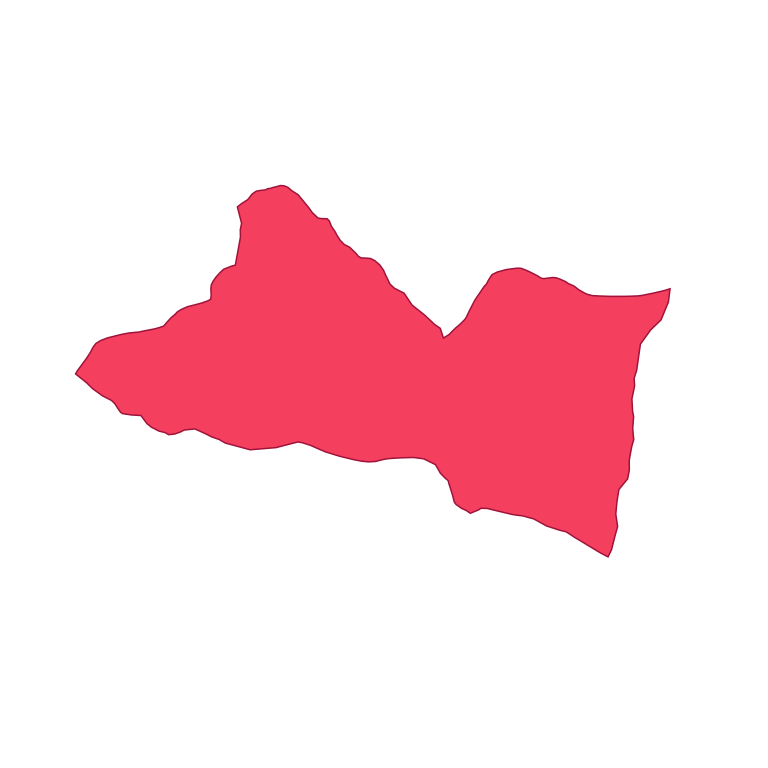 outline of Wangchang, Paro, Bhutan, rotated 168°
{"feature_id": "84629894B96317495800587", "entity_name": "Wangchang", "entity_type": "district", "adm_level": 2, "iso_a3": "BTN", "parent_name": "Bhutan", "parent_adm1": "Paro", "projection": "mercator", "projection_center": [89.426, 27.411], "detail": "fine", "context": "isolated", "style": "filled", "palette": "rose", "viewbox_px": 768, "rotation_deg": 168, "n_neighbors": 0, "source": "geoboundaries", "source_scale": "gbopen_adm2", "svg_char_len": 3154}
<svg xmlns="http://www.w3.org/2000/svg" viewBox="0 0 768 768"><g transform="rotate(168 384 384)"><path d="M219.5,185.1L209.6,175.8L207.2,173.6L200.8,168.3L195.9,174.6L189.6,187.4L185.1,196.1L184.3,208.7L180.4,221.0L176.2,231.9L165.4,240.6L161.9,248.9L160.0,258.3L158.1,263.1L154.6,271.5L151.3,277.6L150.0,288.7L146.6,300.2L146.5,305.7L144.6,317.9L140.6,327.0L139.2,330.3L138.2,337.4L134.0,344.9L124.9,369.7L112.0,381.4L99.7,389.1L88.8,405.0L84.4,417.7L90.7,417.1L95.2,417.0L101.5,416.9L113.0,417.0L117.5,417.4L126.7,419.0L132.9,420.2L143.7,422.5L155.0,425.3L162.0,427.2L165.6,429.0L168.0,430.5L173.8,435.6L177.7,440.2L183.1,444.2L185.1,446.4L189.5,449.6L193.5,452.1L196.9,453.1L203.9,453.7L206.6,454.0L208.8,455.3L211.6,458.1L215.2,461.0L219.2,464.2L222.6,466.6L225.9,468.7L230.1,469.7L240.7,470.5L249.8,470.0L255.4,468.6L257.6,466.6L260.9,463.1L262.8,460.6L265.5,458.8L274.0,450.7L277.7,447.1L280.6,443.6L285.5,437.6L289.4,432.4L291.4,430.4L294.1,428.6L297.8,426.3L302.3,423.9L307.2,420.8L309.9,418.9L316.3,416.6L317.4,426.8L322.0,431.5L324.9,435.8L330.2,443.3L340.1,455.3L345.5,468.7L350.7,472.9L354.0,475.6L357.5,480.7L358.4,484.9L359.6,489.4L360.8,495.3L363.4,501.4L367.3,506.5L371.1,509.6L375.1,510.8L380.2,512.1L382.6,514.3L383.9,517.0L387.3,522.1L389.1,524.8L394.1,529.0L397.0,533.7L399.2,539.6L400.3,543.5L401.7,546.9L402.6,549.1L403.6,554.9L405.3,557.5L408.1,558.1L411.9,559.2L414.1,560.1L418.7,566.9L420.8,571.8L423.4,576.9L428.6,586.9L431.2,589.5L433.8,592.0L437.1,596.3L440.6,598.7L444.2,599.7L447.9,599.4L451.8,599.3L454.3,599.0L457.2,599.2L459.8,598.5L463.9,599.0L468.8,599.2L473.4,597.3L478.9,592.7L485.8,590.1L490.6,587.7L490.3,580.5L489.9,570.8L492.5,564.8L493.9,557.5L498.7,545.8L504.7,531.2L508.4,531.0L513.4,530.2L517.0,529.6L521.6,526.8L525.7,523.8L529.9,520.0L532.4,516.7L533.6,512.9L534.2,509.0L534.7,506.4L535.9,503.0L538.8,502.0L545.8,501.1L551.7,500.8L559.9,500.5L563.9,499.7L567.4,498.9L571.1,497.5L574.0,495.5L578.3,493.2L582.7,490.1L587.4,486.5L592.0,485.9L596.9,485.6L605.9,485.8L613.1,485.8L622.2,486.9L630.1,487.1L636.0,486.9L644.9,486.6L652.3,485.4L657.4,483.5L660.8,480.6L665.0,475.6L669.5,471.1L674.9,466.3L681.1,460.8L683.6,458.0L674.7,447.1L670.0,440.0L661.7,430.8L654.0,424.6L651.3,420.5L649.2,414.9L647.5,411.0L645.7,409.3L637.7,406.3L628.3,403.7L624.1,394.5L620.5,390.1L614.0,384.8L608.1,381.9L605.2,379.2L599.3,378.6L593.4,379.3L589.0,380.5L578.4,379.4L575.2,377.1L568.6,372.2L563.6,368.1L556.8,364.0L551.3,359.1L528.6,347.5L502.7,344.2L499.3,344.4L480.2,345.2L475.9,343.4L468.7,339.3L461.1,333.8L454.8,329.4L442.1,322.4L429.4,316.3L421.6,313.0L415.1,311.0L408.5,310.0L400.8,310.3L395.5,310.1L389.6,309.3L382.4,308.2L370.6,306.0L367.9,305.1L360.6,302.5L350.4,294.4L348.4,288.2L347.4,285.0L343.7,279.1L341.4,276.3L341.2,272.7L340.1,261.6L339.9,256.5L339.8,254.0L338.7,251.4L334.0,246.2L330.0,243.3L326.4,239.6L321.0,240.6L317.5,241.2L315.0,242.3L308.6,240.7L305.2,239.0L295.8,234.5L285.5,229.6L282.2,228.4L278.9,227.2L276.1,226.3L265.7,221.0L257.0,213.5L254.3,211.2L242.5,204.4L236.6,201.6L234.8,199.8L231.0,196.0L229.3,194.2L224.8,190.1L219.5,185.1Z" fill="#f43f5e" stroke="#9f1239" stroke-width="1.5"/></g></svg>